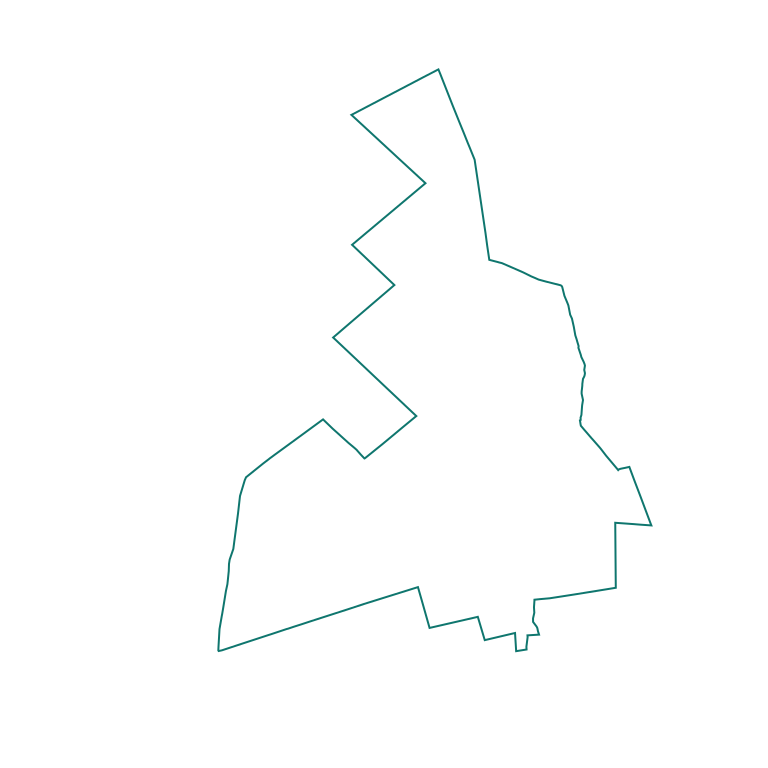 Valea Marului, Galati, Romania, rotated 346°
{"feature_id": "2599482B22058723749755", "entity_name": "Valea Marului", "entity_type": "district", "adm_level": 2, "iso_a3": "ROU", "parent_name": "Romania", "parent_adm1": "Galati", "projection": "robinson", "projection_center": [27.684, 45.875], "detail": "fine", "context": "isolated", "style": "outline", "palette": "teal", "viewbox_px": 768, "rotation_deg": 346, "n_neighbors": 0, "source": "geoboundaries", "source_scale": "gbopen_adm2", "svg_char_len": 2539}
<svg xmlns="http://www.w3.org/2000/svg" viewBox="0 0 768 768"><g transform="rotate(346 384 384)"><path d="M566.1,466.5L566.4,465.3L566.6,464.2L567.4,462.9L568.1,461.7L569.6,457.1L571.1,452.6L573.2,447.7L573.4,441.5L573.5,440.8L574.0,439.0L574.6,437.4L575.1,436.1L576.0,433.6L576.5,431.8L577.1,430.3L578.3,427.2L579.9,425.4L580.4,424.7L580.9,423.8L581.6,422.1L581.7,418.8L583.4,414.8L583.4,413.2L583.1,410.8L582.0,405.6L582.0,403.4L581.4,395.9L582.0,394.3L581.8,390.3L581.7,387.1L581.4,383.1L582.0,374.3L582.2,366.0L581.4,361.8L581.9,352.4L581.6,350.0L580.4,342.1L580.4,333.4L580.4,333.0L580.0,331.7L579.2,330.9L566.1,323.9L559.3,320.1L556.1,317.6L552.9,315.2L546.2,309.5L537.0,302.4L528.0,295.5L527.4,295.1L524.9,293.8L524.1,293.3L516.2,289.0L517.6,274.7L519.0,262.1L526.2,188.3L524.3,174.9L523.6,170.3L522.1,159.3L520.5,148.3L518.0,130.4L513.7,97.5L512.9,91.9L496.2,95.9L451.3,106.8L417.5,115.0L431.7,136.6L452.6,168.5L472.8,199.2L386.7,241.2L393.8,252.4L418.0,290.5L367.4,315.8L345.9,326.6L358.6,346.4L383.5,385.3L407.6,422.9L391.7,430.5L368.5,441.7L347.6,451.4L347.0,451.5L344.3,446.7L341.9,442.1L341.6,441.4L339.9,438.9L335.3,432.6L323.3,414.8L316.3,403.6L301.6,409.6L270.7,422.2L260.6,426.3L257.5,427.6L255.5,428.4L254.8,428.7L253.8,429.2L252.8,429.6L247.3,432.0L244.5,433.3L227.6,441.1L225.6,443.7L217.2,457.8L211.0,474.4L202.7,495.4L200.4,501.2L200.1,502.0L197.9,507.6L191.8,517.0L190.1,521.0L188.1,528.0L184.6,537.7L183.6,540.4L180.6,546.5L174.0,561.9L171.3,568.1L170.5,569.8L165.1,582.0L160.0,598.4L158.8,602.4L159.0,603.1L162.3,603.2L182.5,601.7L211.6,599.6L213.4,599.5L230.3,598.2L231.6,598.2L237.9,597.7L245.7,597.2L255.2,596.5L293.8,593.9L311.5,592.6L367.8,589.3L368.3,603.4L369.2,631.7L395.5,632.2L417.4,632.6L418.7,632.6L419.8,656.9L450.9,657.3L447.6,675.2L458.1,676.1L458.6,673.4L460.0,669.8L462.1,664.4L462.4,662.6L473.8,664.7L473.7,662.7L473.6,661.7L473.6,660.6L473.7,658.4L473.7,657.7L473.4,656.4L473.3,656.1L472.4,654.0L471.6,652.1L471.1,650.9L471.9,647.5L474.5,642.3L474.9,640.2L475.5,637.0L477.3,631.4L477.8,629.7L483.4,630.5L492.9,632.0L504.9,633.1L517.0,634.2L540.4,636.2L559.6,637.8L574.8,574.6L592.2,580.3L598.1,582.3L609.2,585.9L608.9,583.6L607.3,569.6L605.7,555.6L604.4,544.8L603.8,539.9L603.2,534.6L602.4,527.5L602.0,523.8L597.7,523.7L593.2,523.5L591.4,523.6L590.4,524.2L590.1,523.5L582.3,507.6L582.2,507.4L578.8,499.6L578.0,497.9L577.9,497.7L572.7,487.6L572.5,487.3L567.0,476.4L566.9,476.2L564.9,472.1L565.0,470.3L565.2,468.3L565.3,466.7L566.1,466.5Z" fill="none" stroke="#0f766e" stroke-width="2"/></g></svg>